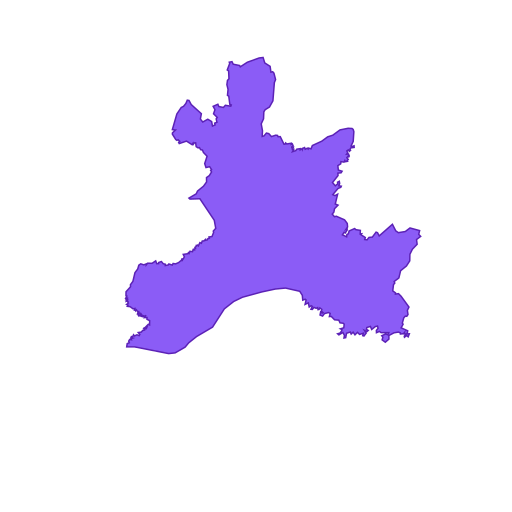 the district of Phon Phisai, Nong Khai, Thailand, rotated 228°
{"feature_id": "78962969B13361717862760", "entity_name": "Phon Phisai", "entity_type": "district", "adm_level": 2, "iso_a3": "THA", "parent_name": "Thailand", "parent_adm1": "Nong Khai", "projection": "equal_earth", "projection_center": [103.15, 17.983], "detail": "fine", "context": "isolated", "style": "filled", "palette": "violet", "viewbox_px": 512, "rotation_deg": 228, "n_neighbors": 0, "source": "geoboundaries", "source_scale": "gbopen_adm2", "svg_char_len": 6159}
<svg xmlns="http://www.w3.org/2000/svg" viewBox="0 0 512 512"><g transform="rotate(228 256 256)"><path d="M417.9,365.8L416.7,365.3L413.5,359.1L411.9,359.5L405.8,354.5L405.6,352.3L402.8,349.0L398.5,346.7L394.5,342.3L393.0,342.7L386.2,338.0L384.8,338.7L384.2,337.5L388.5,334.1L388.2,331.2L391.9,328.4L394.3,329.2L395.9,324.3L392.2,323.4L390.1,319.6L384.9,319.9L384.6,318.2L381.5,316.4L382.4,314.2L380.8,313.3L381.7,310.6L385.6,313.0L389.9,311.7L391.2,306.1L395.0,306.3L398.3,310.6L411.9,309.2L416.4,310.3L417.8,309.2L416.3,306.0L415.7,302.3L416.4,299.8L414.5,292.2L405.9,278.4L403.5,280.5L403.4,276.3L402.6,275.4L396.3,274.3L394.9,274.6L394.5,275.9L392.3,276.1L392.2,274.5L390.9,274.2L387.9,281.2L381.5,283.0L382.0,284.7L381.0,284.2L381.3,285.9L380.5,286.9L377.3,284.7L375.1,285.3L374.4,286.5L372.1,286.0L370.5,287.1L368.1,286.2L362.9,286.4L359.0,279.7L355.2,278.0L353.4,281.3L350.0,280.8L350.0,279.6L348.2,279.2L347.0,275.1L347.4,271.7L344.1,268.8L343.0,263.7L343.4,256.0L342.2,253.2L343.9,244.9L342.5,245.0L336.1,252.6L310.5,248.9L303.5,244.6L303.1,240.9L301.9,240.3L299.9,236.3L301.6,233.8L300.4,233.2L301.1,231.9L300.6,230.6L301.5,228.8L302.1,229.4L302.1,227.3L303.1,226.1L302.0,223.9L303.5,223.3L302.1,219.9L303.2,219.9L303.3,218.5L304.2,219.3L303.1,217.6L303.3,216.4L302.0,216.0L302.8,214.1L301.9,214.1L302.6,213.2L301.7,211.7L303.7,210.1L302.7,208.0L303.7,208.0L303.3,206.9L305.9,203.0L303.3,202.2L302.5,199.9L303.4,199.1L302.9,198.0L301.6,198.7L302.8,197.0L302.9,194.1L304.0,190.9L305.9,189.4L305.3,187.7L308.4,185.9L308.1,184.7L309.6,182.2L310.6,183.1L312.3,181.9L315.2,182.0L316.3,179.3L315.5,178.5L316.7,177.1L319.5,178.2L320.1,173.9L323.2,170.6L322.8,168.4L323.6,169.1L324.5,166.7L327.3,165.1L327.6,162.8L325.5,159.4L324.6,154.9L319.5,147.5L318.7,143.5L317.1,142.2L316.4,135.5L313.5,132.8L312.6,133.2L311.8,131.0L311.2,131.8L310.7,130.6L310.3,131.7L309.3,129.6L309.0,130.8L308.4,129.9L307.0,130.6L307.6,129.9L306.4,129.6L306.6,127.4L305.1,128.0L304.7,126.7L302.5,128.6L299.2,129.2L298.0,130.9L297.2,129.4L296.5,129.9L297.0,130.6L295.8,130.0L296.0,131.1L293.8,130.8L293.2,131.7L291.9,131.1L292.7,130.0L292.3,129.2L291.4,130.2L291.1,129.0L289.9,129.2L290.1,128.2L289.4,129.7L290.3,131.9L288.7,131.7L288.4,130.2L286.9,131.0L286.5,131.7L287.3,132.1L285.5,133.3L285.5,134.7L284.9,131.8L283.2,133.8L281.9,132.6L279.1,133.7L276.0,130.8L277.3,130.3L277.1,126.7L276.3,127.7L275.4,125.9L277.4,124.8L277.2,123.9L276.0,124.7L275.5,123.7L276.5,121.8L276.2,119.9L277.9,117.3L275.5,117.2L275.0,115.9L277.1,114.8L277.9,112.2L279.4,112.3L278.6,110.4L279.5,109.5L278.9,108.2L277.5,109.3L278.1,107.8L277.1,107.4L278.5,106.2L277.9,104.4L276.3,103.8L277.1,101.7L275.0,99.1L269.8,104.9L241.9,125.8L238.1,131.1L235.7,142.4L236.5,147.8L235.9,158.0L232.2,176.1L237.9,197.1L237.1,209.1L234.4,218.4L225.4,236.3L218.5,248.3L212.4,256.5L200.5,264.9L195.8,264.1L191.9,261.2L191.0,263.6L189.8,263.8L187.2,260.1L186.2,263.5L182.5,261.4L182.2,263.7L180.9,264.1L179.6,261.2L178.6,262.1L179.0,264.7L176.9,265.7L176.4,267.3L174.6,266.2L174.1,267.1L174.7,268.7L172.3,269.2L171.3,267.6L169.2,268.0L169.3,267.0L171.1,266.5L169.3,264.1L166.8,265.3L167.4,268.3L165.5,272.0L163.7,272.7L161.9,270.0L160.7,271.5L156.0,271.7L152.9,274.6L150.1,273.7L147.7,275.8L146.3,275.9L143.9,273.2L145.4,270.0L143.7,270.6L143.0,269.5L142.5,266.8L143.6,264.6L141.9,264.8L141.0,269.4L137.8,268.6L136.2,266.5L135.3,268.0L138.0,271.6L136.4,275.2L134.3,274.5L134.4,277.2L131.2,276.8L131.4,280.3L128.4,280.5L126.8,284.1L125.4,282.0L124.3,282.7L125.0,286.3L128.2,286.8L125.6,287.9L125.6,289.6L127.6,289.0L128.7,290.5L127.1,293.9L124.0,292.8L123.7,297.5L122.6,299.4L120.6,298.3L120.2,295.7L118.4,294.2L117.4,297.2L115.3,297.7L110.2,303.4L109.3,301.2L111.3,300.2L112.6,296.1L110.8,296.0L109.3,293.6L105.4,294.4L105.3,299.2L108.0,301.5L106.6,307.1L104.2,310.9L102.4,311.8L101.4,311.1L99.6,313.6L99.8,315.2L98.9,314.0L97.5,315.5L97.2,312.5L96.3,312.0L96.1,314.6L94.1,315.0L95.6,317.9L97.0,316.2L98.9,318.7L105.5,315.8L106.9,319.7L108.2,319.8L111.2,324.5L111.4,326.7L110.3,327.7L110.8,329.8L114.3,332.1L115.7,335.5L129.0,336.9L132.7,336.7L134.4,334.1L135.2,335.0L138.6,334.3L142.7,339.0L143.0,341.0L144.6,341.6L144.1,347.5L148.3,353.6L147.9,361.1L149.5,367.0L154.3,371.5L156.4,376.8L156.9,383.6L160.8,386.3L160.4,391.5L163.2,391.4L165.4,394.6L173.8,389.2L174.3,383.3L178.1,377.4L181.2,376.7L188.3,378.6L188.5,361.0L192.0,361.9L193.4,361.2L192.2,355.1L194.2,352.4L193.7,349.3L195.5,347.8L196.6,349.6L201.7,348.2L201.9,349.3L202.7,348.2L205.2,350.7L208.8,347.8L210.4,347.7L212.3,341.9L210.7,339.5L211.2,338.0L209.6,336.2L213.9,334.4L214.7,337.4L213.4,337.7L214.3,341.1L215.2,341.9L215.6,340.7L216.3,343.5L219.1,345.6L223.6,346.0L231.8,342.3L232.7,340.6L236.1,340.7L236.5,343.2L238.6,346.0L238.9,351.0L241.6,349.7L247.3,358.0L248.0,355.1L250.2,354.1L251.3,362.1L250.3,365.0L250.8,366.1L252.8,364.5L253.9,366.7L255.8,367.9L256.3,366.0L254.9,365.0L255.1,361.9L259.4,362.0L260.9,370.8L262.8,372.3L260.9,374.9L261.4,376.7L264.8,374.7L268.4,377.3L267.8,380.6L269.3,382.3L266.9,384.2L267.5,385.9L266.3,385.5L265.1,387.4L266.0,387.7L266.0,389.1L268.3,389.3L268.6,391.3L267.6,391.3L267.9,392.2L269.9,393.0L271.0,391.5L271.3,393.2L273.3,393.8L273.1,395.6L271.3,395.4L271.3,397.0L272.5,397.2L272.9,398.8L271.0,401.6L272.3,402.6L273.1,400.5L274.1,400.2L276.1,404.9L282.9,411.9L285.0,412.9L286.5,412.7L289.3,409.9L293.5,402.8L294.4,393.9L296.6,389.0L297.3,381.8L300.4,371.8L298.8,368.6L301.0,367.3L300.6,366.3L301.8,366.3L302.4,364.0L304.1,364.7L304.7,362.8L304.1,361.7L305.0,362.1L305.3,359.9L306.2,360.7L308.1,357.8L307.7,356.1L309.1,352.9L310.0,355.4L310.8,354.5L311.7,356.4L312.5,355.0L313.2,355.5L313.0,357.3L315.0,358.0L315.4,356.8L316.2,357.7L318.7,353.8L320.2,353.7L319.7,352.4L320.4,351.6L328.5,353.9L329.9,352.2L331.2,352.7L332.6,351.5L334.4,347.4L338.4,347.4L340.4,346.0L339.9,342.3L340.7,340.6L344.7,344.6L350.7,348.3L352.9,353.4L357.9,358.3L358.6,360.7L357.7,365.7L360.0,372.4L372.6,385.7L374.0,388.6L379.9,391.7L381.8,391.7L382.6,390.1L387.5,393.4L393.6,391.7L398.8,394.1L401.1,390.8L405.8,379.2L407.1,370.9L408.5,371.3L413.8,367.4L416.5,368.2L417.9,365.8Z" fill="#8b5cf6" stroke="#5b21b6" stroke-width="1.5"/></g></svg>